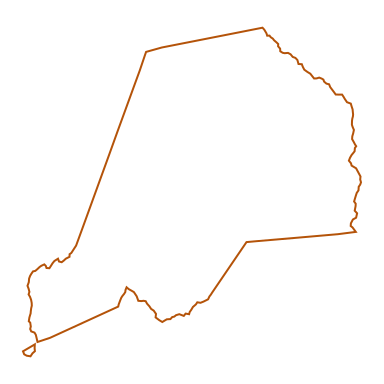 Timbiras, Maranhão, Brazil (orthographic projection)
{"feature_id": "56859067B24703899222248", "entity_name": "Timbiras", "entity_type": "district", "adm_level": 2, "iso_a3": "BRA", "parent_name": "Brazil", "parent_adm1": "Maranhão", "projection": "orthographic", "projection_center": [-43.817, -4.17], "detail": "fine", "context": "isolated", "style": "outline", "palette": "amber", "viewbox_px": 384, "rotation_deg": 0, "n_neighbors": 0, "source": "geoboundaries", "source_scale": "gbopen_adm2", "svg_char_len": 2550}
<svg xmlns="http://www.w3.org/2000/svg" viewBox="0 0 384 384"><path d="M262.5,27.7L238.7,32.4L199.0,40.2L182.7,43.4L161.8,47.5L146.1,51.9L145.0,55.0L139.8,70.4L134.6,84.6L124.8,111.5L117.5,131.5L109.3,154.3L83.2,226.2L76.1,245.6L73.3,249.9L71.3,253.0L69.6,254.2L69.5,256.8L65.8,258.7L63.9,260.5L61.7,262.2L59.0,261.5L58.0,258.7L54.4,261.0L52.6,263.2L50.9,265.9L49.4,268.2L46.5,268.0L45.8,265.9L44.3,264.4L41.3,265.8L39.6,267.0L37.4,269.1L35.3,270.9L33.0,271.4L31.4,273.7L30.1,275.9L29.1,278.6L28.8,282.2L27.5,285.8L28.6,288.7L29.4,291.9L28.6,294.4L30.0,296.8L31.1,299.8L31.7,303.0L31.8,305.7L31.2,308.2L30.8,311.2L30.6,313.5L30.0,315.4L29.4,317.5L28.8,321.3L30.2,322.6L30.8,326.5L30.2,329.0L31.2,331.4L34.5,332.6L35.8,334.8L36.5,337.6L37.5,342.0L50.1,337.8L118.2,306.6L118.7,304.4L120.2,300.4L121.3,297.7L122.4,296.0L124.1,293.9L125.3,292.0L125.5,290.0L126.6,287.3L128.7,289.1L131.9,290.9L133.9,292.1L136.7,296.3L138.3,300.8L141.3,301.1L143.5,300.8L145.7,301.2L147.0,303.6L149.4,306.3L151.1,308.9L153.7,310.6L156.0,313.9L155.6,317.4L159.3,320.2L162.3,322.0L164.6,320.6L166.8,319.3L170.4,319.1L172.2,317.1L174.3,316.6L176.0,315.2L179.3,314.2L183.8,315.9L185.6,313.6L189.1,314.2L189.7,312.0L191.4,309.6L192.9,307.0L195.9,304.4L197.3,302.3L200.5,302.8L203.5,301.6L208.1,299.3L209.4,296.5L210.8,294.7L212.2,292.5L245.0,244.3L246.5,242.1L255.2,241.3L295.1,237.9L337.8,234.2L355.8,231.9L352.5,227.4L350.7,226.0L350.9,223.3L352.9,219.5L356.1,217.7L357.1,213.3L354.7,210.7L355.6,206.1L355.7,203.7L354.1,201.5L354.8,199.1L355.8,195.8L356.7,193.0L358.5,190.3L358.7,186.8L360.2,184.6L361.0,182.3L360.2,179.5L360.5,176.5L356.1,168.3L351.6,165.6L351.0,163.3L348.9,160.7L350.0,157.8L351.6,155.0L353.1,153.2L354.6,151.3L354.9,148.0L356.2,146.2L355.0,144.4L353.7,141.9L352.1,139.1L352.3,136.3L353.2,133.3L353.9,129.9L352.8,127.4L351.9,124.8L352.0,120.9L352.3,118.7L352.9,116.5L353.1,114.5L352.8,111.7L352.6,109.4L351.7,106.7L350.8,103.6L347.0,102.2L344.7,98.8L343.6,96.9L342.1,94.6L338.7,94.6L335.7,94.5L333.9,92.0L330.2,87.1L329.1,84.3L326.4,83.6L324.1,81.6L323.4,79.6L321.7,78.6L319.2,77.6L316.6,78.4L314.1,78.5L312.5,76.5L310.3,73.7L307.5,72.0L304.3,69.7L302.8,66.8L301.8,64.2L298.5,64.0L297.4,60.0L295.4,57.9L292.7,56.9L290.6,54.3L288.0,52.9L284.7,53.2L282.7,52.8L280.3,51.3L280.1,48.6L278.1,46.3L278.2,44.0L276.3,42.2L274.1,40.3L272.8,38.6L270.7,37.2L269.5,35.6L267.2,35.7L266.5,33.4L264.3,29.7L262.5,27.7ZM34.8,344.4L23.0,351.3L24.2,354.3L26.7,355.7L30.5,356.3L32.5,353.3L34.9,351.2L34.6,348.0L34.8,344.4Z" fill="none" stroke="#b45309" stroke-width="2"/></svg>